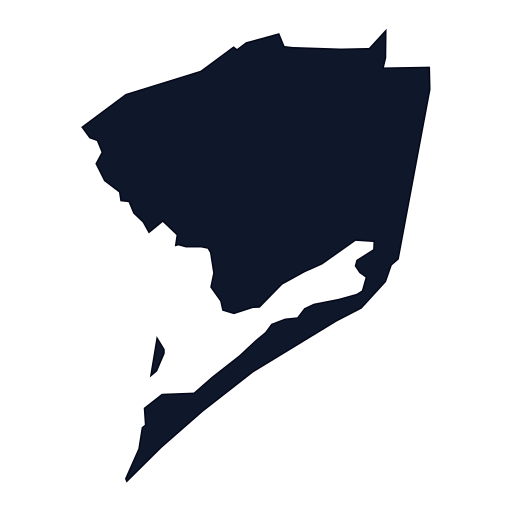 outline of Calhoun, Texas, United States of America
{"feature_id": "52423323B71782729975754", "entity_name": "Calhoun", "entity_type": "district", "adm_level": 2, "iso_a3": "USA", "parent_name": "United States of America", "parent_adm1": "Texas", "projection": "robinson", "projection_center": [-96.654, 28.395], "detail": "fine", "context": "isolated", "style": "filled", "palette": "ink", "viewbox_px": 512, "rotation_deg": 0, "n_neighbors": 0, "source": "geoboundaries", "source_scale": "gbopen_adm2", "svg_char_len": 1157}
<svg xmlns="http://www.w3.org/2000/svg" viewBox="0 0 512 512"><path d="M246.3,42.9L237.0,49.9L233.6,47.2L200.9,71.4L126.0,94.6L82.2,127.2L89.9,137.7L97.4,140.4L102.3,152.3L96.2,163.7L104.7,180.6L119.7,192.0L121.0,200.6L129.1,201.5L133.9,213.1L143.3,222.0L149.0,232.3L162.8,221.0L177.3,234.8L175.7,245.4L178.4,244.6L185.9,246.7L201.1,246.7L208.1,248.1L210.7,252.5L213.9,273.0L211.0,287.1L220.9,301.0L222.9,310.1L233.9,313.4L252.7,307.3L259.4,307.0L281.9,284.0L304.4,271.6L321.9,263.8L355.4,240.1L374.2,241.3L373.9,249.7L357.0,260.4L355.5,266.0L360.0,272.6L366.4,277.1L362.5,291.0L356.9,294.5L338.5,299.6L314.0,304.4L304.7,308.8L297.7,318.0L285.2,319.3L271.8,324.4L265.8,332.6L256.1,340.6L239.7,355.9L212.4,377.3L194.1,393.3L162.1,394.5L144.5,408.3L145.6,425.2L142.4,427.6L139.0,448.9L125.8,478.7L126.8,481.3L161.2,447.2L202.7,410.9L252.9,371.7L336.3,320.9L361.2,308.0L385.4,281.5L391.2,264.9L398.1,259.0L429.8,89.4L429.3,67.4L383.0,68.2L385.5,57.8L385.8,30.7L369.3,48.7L340.9,49.3L292.5,47.7L284.0,46.7L278.8,34.0L246.3,42.9ZM150.9,375.6L156.5,370.9L164.0,353.4L164.0,349.6L157.1,338.2L150.9,375.6Z" fill="#0f172a" stroke="#020617" stroke-width="1.5"/></svg>